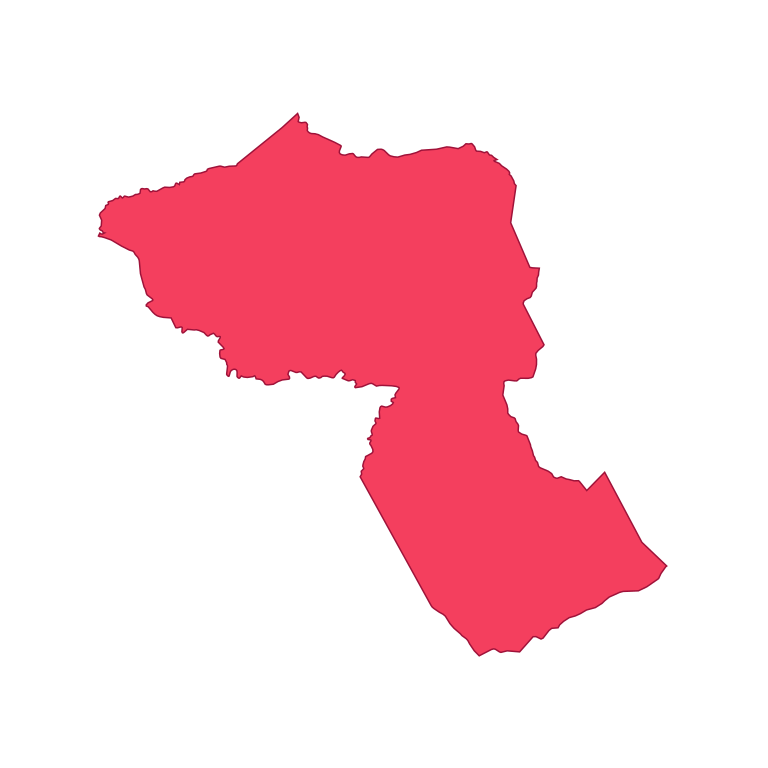 outline of Masaguara, Intibucá, Honduras, rotated 98°
{"feature_id": "27666195B25129383511057", "entity_name": "Masaguara", "entity_type": "district", "adm_level": 2, "iso_a3": "HND", "parent_name": "Honduras", "parent_adm1": "Intibucá", "projection": "natural_earth1", "projection_center": [-87.987, 14.384], "detail": "fine", "context": "isolated", "style": "filled", "palette": "rose", "viewbox_px": 768, "rotation_deg": 98, "n_neighbors": 0, "source": "geoboundaries", "source_scale": "gbopen_adm2", "svg_char_len": 6164}
<svg xmlns="http://www.w3.org/2000/svg" viewBox="0 0 768 768"><g transform="rotate(98 384 384)"><path d="M524.9,78.7L504.9,106.6L440.7,153.2L461.3,168.4L453.4,176.8L452.7,177.9L453.4,182.2L452.8,187.5L452.7,190.3L451.2,195.6L453.3,199.4L453.2,200.9L452.5,203.1L449.4,205.5L447.5,209.2L445.2,217.7L444.2,219.4L440.3,221.1L438.5,223.3L435.5,224.7L434.1,226.0L429.5,227.8L425.6,230.0L423.8,230.5L415.5,235.2L415.1,236.1L414.4,240.7L412.8,244.1L411.7,244.6L406.5,245.0L405.0,245.9L402.8,248.1L400.1,249.3L399.4,250.3L398.7,253.8L396.9,256.2L395.6,257.4L391.4,258.0L387.5,259.4L378.4,264.8L369.0,264.8L366.8,265.5L365.1,265.5L364.0,264.5L362.8,261.4L362.7,255.2L362.5,253.3L362.0,252.4L360.5,251.3L359.3,249.6L358.3,242.0L357.2,238.9L356.2,237.5L348.0,235.9L343.5,235.7L338.2,236.4L334.5,237.7L332.5,237.9L329.3,236.0L324.8,231.9L322.9,231.0L285.6,257.2L284.3,257.4L282.0,256.8L279.7,254.3L278.0,251.3L276.4,250.4L272.5,249.9L268.0,246.8L266.2,246.5L262.6,247.0L261.2,246.8L257.8,247.1L254.7,246.2L251.8,246.4L247.7,246.3L248.3,252.9L248.2,255.8L206.7,281.0L169.2,280.8L167.4,282.8L164.9,283.7L160.3,287.1L159.0,289.1L157.5,288.9L156.0,289.9L154.1,292.6L151.6,297.8L149.5,300.5L148.1,305.7L147.4,306.1L146.0,303.3L144.4,306.8L142.6,309.3L142.5,311.5L139.9,313.9L139.8,314.6L141.0,316.9L140.2,320.7L140.5,324.8L139.7,325.7L136.5,327.3L134.0,330.1L133.7,331.1L134.5,333.2L134.7,336.3L137.5,338.6L140.6,343.3L140.3,351.8L140.5,354.9L144.2,364.7L147.3,379.4L150.3,384.1L153.0,390.2L154.4,395.3L157.4,401.9L157.6,405.7L157.2,409.6L156.4,411.3L152.8,416.2L152.1,417.9L151.9,419.5L152.6,423.1L157.9,428.0L161.2,430.0L161.8,431.1L162.3,438.1L163.1,440.2L163.3,442.4L162.7,443.8L160.4,446.3L160.1,447.1L160.9,450.4L162.8,454.3L162.9,457.0L162.4,459.2L161.2,460.4L159.4,460.6L154.8,459.5L154.1,459.7L153.7,460.4L151.6,466.3L147.9,479.1L146.2,483.7L145.8,487.2L146.1,490.9L145.7,492.7L144.9,494.1L143.7,495.3L141.2,495.3L140.1,495.9L137.6,495.9L135.9,497.6L135.8,498.6L136.8,502.1L136.6,504.4L136.1,505.5L131.7,505.2L128.1,507.2L144.4,520.7L186.3,559.8L187.8,560.2L188.7,561.0L189.9,567.6L191.5,572.0L191.0,576.0L191.2,577.4L195.0,587.3L195.9,588.7L197.7,589.2L198.3,590.0L200.6,594.8L202.2,600.5L202.9,601.3L205.0,602.3L205.9,605.1L207.5,607.9L209.3,609.5L210.7,609.7L211.7,610.4L212.7,614.3L215.0,614.4L214.0,617.0L214.0,617.8L214.8,618.3L217.0,618.8L218.0,619.9L219.2,623.6L219.6,628.5L220.5,630.1L224.8,635.8L225.0,637.9L224.8,639.6L225.8,640.6L226.1,641.7L226.1,642.3L223.7,644.9L223.6,646.3L224.2,648.2L224.1,650.4L224.4,651.5L225.4,652.2L228.9,652.1L229.8,653.1L230.6,654.8L230.9,656.5L232.9,658.9L234.5,663.0L234.0,666.9L234.3,667.4L235.5,668.1L236.2,669.0L234.7,671.0L234.6,671.5L235.2,672.0L236.7,672.5L237.4,673.1L237.6,675.7L240.1,678.2L241.9,682.3L242.6,682.5L243.5,682.0L244.5,682.0L246.0,684.4L249.0,684.6L254.1,688.7L256.4,689.3L261.1,686.4L266.8,686.0L269.3,687.4L269.9,687.5L271.0,686.3L271.6,684.3L273.2,683.1L273.3,681.8L274.7,683.8L274.8,685.2L274.1,686.4L277.2,687.4L277.6,686.4L277.5,684.3L277.9,681.1L279.3,674.3L284.0,663.0L286.8,654.8L287.3,651.3L288.1,650.0L290.3,648.4L292.7,645.5L294.4,644.2L296.0,643.5L308.7,640.5L321.3,635.1L323.5,633.5L327.6,631.8L328.8,630.9L331.9,625.4L332.9,624.6L333.6,624.8L336.5,629.0L338.8,630.5L339.9,630.2L340.3,628.3L345.2,622.8L346.9,620.4L348.0,618.1L348.5,615.5L348.7,611.7L348.2,604.0L357.2,598.0L357.1,596.3L355.8,593.2L355.8,592.3L356.2,591.7L360.4,591.4L361.4,590.7L361.3,590.0L360.7,589.3L357.2,586.3L356.9,579.5L356.4,577.4L356.7,574.5L358.1,569.4L360.4,566.6L361.0,565.4L360.7,564.3L359.4,563.1L357.5,560.0L358.2,558.6L359.6,557.3L360.3,556.0L360.3,555.4L359.8,553.7L359.9,552.8L360.9,552.6L364.2,554.0L365.6,554.0L369.9,548.4L371.2,547.3L371.9,547.6L373.1,550.7L373.5,551.1L376.6,551.0L380.1,550.1L381.3,549.0L381.8,544.8L384.7,542.8L386.3,542.5L387.5,541.6L388.4,541.4L396.2,541.2L396.9,540.8L397.9,539.5L398.0,539.0L397.7,538.5L393.5,537.9L391.9,537.2L390.5,535.4L390.1,533.8L390.4,532.5L391.1,531.6L392.8,531.1L396.9,530.6L397.8,529.9L398.4,528.8L398.3,527.9L395.9,526.5L396.6,523.8L396.5,520.2L395.0,514.9L393.9,513.3L394.3,512.6L396.7,511.3L396.6,507.5L396.9,505.8L398.1,503.8L400.8,501.6L401.1,500.4L400.9,498.4L399.6,493.5L396.3,489.3L394.1,485.2L392.4,478.8L391.6,478.3L390.2,478.6L387.8,480.5L384.6,480.0L383.7,478.9L383.6,477.8L384.8,472.9L384.6,471.5L383.7,469.6L383.6,467.8L388.7,461.4L389.1,460.1L388.4,457.9L386.4,454.7L385.9,453.3L385.9,452.2L386.8,450.7L387.2,449.3L386.5,447.5L385.0,446.1L384.5,444.2L384.2,441.4L385.0,436.4L384.9,435.1L384.2,434.2L381.2,432.8L378.7,431.0L376.9,429.3L376.3,428.0L376.6,427.5L378.0,426.1L378.8,424.3L379.6,423.8L381.5,424.5L383.6,426.1L384.2,426.1L385.8,419.9L385.5,418.4L384.1,415.6L384.6,412.9L386.4,412.6L387.8,411.1L390.5,412.5L391.2,412.4L391.6,411.8L389.7,405.4L385.8,398.8L385.1,396.8L385.3,395.4L387.1,391.2L386.1,388.3L385.6,385.5L384.7,376.1L384.7,371.4L385.4,368.7L386.1,368.4L387.1,368.6L391.4,371.0L393.2,371.6L395.9,370.7L397.1,373.8L398.1,374.7L400.1,374.4L401.0,372.2L402.6,372.7L404.5,374.6L406.3,377.6L406.7,379.4L406.2,383.2L406.9,384.2L408.2,384.7L412.3,384.8L418.5,383.5L419.0,384.6L418.8,387.3L419.3,387.7L421.8,387.8L423.6,386.6L424.4,386.5L427.4,389.0L431.6,390.1L432.9,389.9L435.3,388.7L436.2,388.6L437.3,389.8L439.1,390.5L440.0,392.4L440.6,392.6L441.2,392.1L441.2,389.5L441.5,389.1L442.2,389.0L444.1,389.8L445.0,389.8L445.9,389.3L446.5,388.5L450.3,386.0L452.6,385.5L454.3,386.5L458.4,392.1L460.9,392.2L463.6,393.2L467.2,393.6L468.5,393.5L469.8,392.6L470.7,392.3L473.6,394.4L476.4,393.6L479.2,394.7L596.8,306.5L598.2,305.2L599.4,303.3L602.2,297.6L603.8,293.4L605.4,290.9L612.0,285.4L613.9,283.3L616.2,280.6L620.7,273.6L622.3,271.8L624.8,267.1L626.3,265.3L629.5,263.0L635.6,257.5L639.9,251.9L631.9,240.6L631.0,238.4L631.2,236.7L633.2,232.4L633.5,230.9L631.1,224.9L630.4,212.4L613.5,201.2L613.0,198.3L614.7,193.0L613.5,191.1L605.1,186.3L602.6,183.9L601.2,177.7L598.0,176.5L594.0,173.1L589.6,168.1L587.0,162.2L584.0,157.5L579.6,152.0L576.0,143.6L570.8,137.5L567.8,135.2L563.6,131.3L557.5,121.6L556.1,118.3L553.4,103.3L548.2,95.5L538.5,85.0L533.2,83.4L525.8,79.6L524.9,78.7Z" fill="#f43f5e" stroke="#9f1239" stroke-width="1.5"/></g></svg>